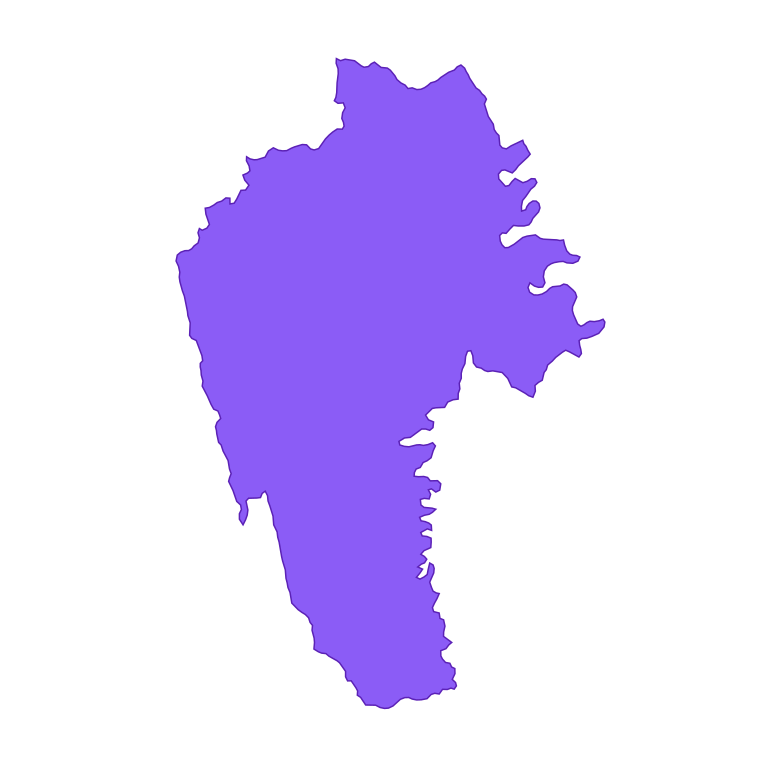 the district of Santana de Pirapama, Minas Gerais, Brazil, rotated 184°
{"feature_id": "56859067B86062210770309", "entity_name": "Santana de Pirapama", "entity_type": "district", "adm_level": 2, "iso_a3": "BRA", "parent_name": "Brazil", "parent_adm1": "Minas Gerais", "projection": "natural_earth1", "projection_center": [-43.935, -18.888], "detail": "fine", "context": "isolated", "style": "filled", "palette": "violet", "viewbox_px": 768, "rotation_deg": 184, "n_neighbors": 0, "source": "geoboundaries", "source_scale": "gbopen_adm2", "svg_char_len": 6140}
<svg xmlns="http://www.w3.org/2000/svg" viewBox="0 0 768 768"><g transform="rotate(184 384 384)"><path d="M536.9,601.1L536.8,597.1L533.8,592.2L532.6,587.3L534.9,584.9L539.3,582.6L537.1,577.6L532.6,572.9L535.6,567.8L540.2,567.2L543.8,558.2L546.1,553.9L550.2,552.9L550.7,558.6L554.7,558.6L558.7,555.1L563.0,553.4L566.3,550.6L570.5,547.9L574.6,546.9L573.5,541.0L569.3,531.0L571.6,527.1L576.1,524.7L579.0,526.2L580.1,521.9L578.3,517.0L579.3,511.7L583.0,508.6L585.2,505.5L588.1,503.5L591.9,503.1L596.0,501.3L599.2,498.2L600.0,492.2L597.2,487.1L595.5,481.3L595.7,476.4L594.7,471.7L591.6,462.9L589.3,457.8L585.1,442.5L584.4,438.5L581.6,431.5L581.3,419.0L578.9,416.1L574.3,414.3L567.6,399.6L566.5,394.5L568.7,391.8L568.5,388.2L567.5,384.7L566.9,380.2L564.8,374.3L565.2,369.2L559.4,359.8L555.1,351.6L552.1,347.0L547.8,345.5L546.0,342.0L544.5,338.2L547.9,334.1L549.1,329.6L547.9,325.9L547.3,322.5L544.9,314.2L542.2,311.8L539.8,305.8L534.2,296.8L532.2,288.4L530.2,283.9L531.5,279.8L532.2,276.0L527.2,267.2L522.7,256.6L518.6,253.3L517.5,248.8L519.2,244.5L518.8,239.0L514.8,233.7L512.6,239.0L511.3,243.7L511.0,248.8L513.5,257.6L511.1,260.6L502.9,261.4L499.3,262.1L497.9,266.4L495.0,268.8L492.4,264.5L491.5,259.2L489.4,254.5L485.5,244.5L484.2,235.8L480.3,229.0L479.3,223.7L477.6,219.0L474.1,204.7L472.8,200.4L469.5,191.8L468.2,183.3L466.7,178.8L465.6,174.3L463.2,169.5L460.7,159.0L453.9,152.9L449.9,150.4L446.4,148.6L442.9,145.5L441.1,141.0L438.5,138.2L438.6,133.3L436.0,125.7L435.3,121.3L435.4,114.7L430.8,112.3L427.5,111.2L423.1,111.0L419.9,108.6L411.6,104.7L408.9,102.8L402.3,94.7L401.9,89.2L399.6,85.3L396.0,85.6L390.8,79.0L388.9,76.0L388.9,71.7L385.5,69.8L379.9,62.5L369.9,63.0L365.3,61.0L360.8,60.4L356.9,61.0L352.5,63.5L345.7,70.6L341.4,72.6L337.4,73.0L334.0,71.7L329.4,71.1L324.8,71.6L319.1,73.1L315.3,77.6L311.8,79.0L307.3,78.6L304.3,83.5L299.5,83.7L296.0,85.3L292.7,84.5L290.7,87.9L291.8,91.2L295.3,94.1L293.0,100.0L293.5,105.1L296.8,106.4L298.8,110.0L303.2,110.5L306.5,113.7L308.3,116.7L308.8,121.9L303.7,124.3L301.2,128.2L298.4,130.9L307.0,136.4L307.2,140.7L306.3,146.7L308.1,152.9L311.8,154.1L313.0,159.4L318.6,160.4L320.1,164.3L318.3,169.0L316.2,173.5L314.3,178.8L317.3,179.2L320.6,180.8L322.4,184.3L324.6,189.5L321.2,199.0L321.1,203.5L322.4,206.9L325.9,208.6L327.0,202.1L327.6,197.0L330.6,194.3L334.5,191.9L338.2,193.4L334.9,198.0L332.6,202.0L337.6,203.8L334.2,206.9L331.1,208.4L329.1,212.2L331.7,214.8L335.4,216.7L332.4,220.6L325.9,224.1L325.9,229.6L326.3,233.5L330.5,234.9L335.3,235.1L337.0,238.4L330.7,242.5L326.3,241.3L327.0,246.6L329.6,248.4L333.4,249.6L337.5,250.1L339.2,253.5L334.5,255.9L329.8,257.2L326.7,259.4L323.6,262.7L327.4,263.5L335.5,263.7L338.7,265.9L339.7,271.4L335.9,272.7L330.9,272.5L329.8,277.3L332.4,281.5L329.4,282.7L324.8,279.8L321.0,282.0L320.4,288.4L323.8,291.3L331.1,290.6L334.0,293.8L337.9,294.5L343.2,293.9L347.5,294.1L347.5,297.8L346.0,301.4L342.0,303.3L339.5,308.4L335.7,310.4L331.9,313.7L330.3,320.8L328.4,325.8L331.4,328.8L336.0,326.6L340.4,325.5L343.9,325.9L347.2,325.5L354.7,323.1L359.4,323.2L364.0,324.3L365.1,327.8L359.8,331.6L354.0,332.6L343.3,341.7L339.3,342.0L335.1,341.0L332.1,343.9L331.9,349.6L337.2,351.4L340.4,355.9L334.1,363.0L330.5,363.9L321.9,364.9L319.2,370.4L314.0,373.1L309.0,374.1L309.3,379.8L308.0,384.4L309.0,390.0L307.3,395.1L307.7,400.0L306.9,404.5L304.7,410.0L304.5,417.2L303.0,422.5L299.7,423.3L297.4,418.4L296.3,411.3L292.9,407.4L288.1,406.6L284.6,404.5L281.3,403.7L276.4,404.7L266.9,403.7L260.9,398.2L256.4,390.0L252.4,389.4L242.3,384.5L238.8,382.4L234.5,381.2L232.5,387.4L233.3,393.1L230.0,396.4L226.4,398.8L225.1,406.7L223.1,409.6L222.1,414.3L217.7,418.6L214.6,422.5L208.2,428.2L205.1,430.4L201.2,429.0L191.4,424.5L189.2,428.1L190.1,432.2L191.5,436.2L192.4,440.8L189.9,443.1L184.8,443.9L179.9,446.0L173.3,449.5L168.5,456.3L168.0,461.2L170.0,463.9L173.6,462.1L178.6,460.9L183.0,461.0L185.9,459.4L188.6,457.0L191.6,455.3L195.0,457.4L199.7,466.3L201.2,470.4L201.3,474.3L197.8,484.3L199.6,488.6L202.0,490.9L208.3,495.7L211.7,496.2L215.1,494.1L222.6,492.8L225.4,490.9L228.3,487.6L232.5,484.8L236.6,483.5L240.7,483.3L245.1,485.7L247.1,490.3L245.5,495.1L240.8,492.2L236.6,491.2L232.5,491.8L230.5,496.2L232.5,502.0L232.0,508.0L229.2,513.0L225.7,515.6L222.6,517.0L217.9,518.2L213.8,518.8L210.0,517.6L204.0,517.6L199.1,520.1L197.4,524.3L200.8,525.6L204.7,525.6L207.7,526.5L211.0,529.6L213.5,535.1L215.0,540.2L218.5,539.4L221.6,539.8L235.0,539.6L238.3,540.2L243.3,543.3L251.6,541.5L255.8,539.8L263.9,532.5L269.5,528.8L273.0,528.4L276.0,531.1L278.0,534.7L279.0,540.2L276.5,543.0L272.7,542.8L269.2,547.4L265.9,551.2L261.3,551.0L255.3,551.4L250.6,552.9L248.5,555.9L247.1,559.6L241.8,566.5L240.7,570.6L242.1,574.9L245.0,577.1L248.3,576.9L251.8,574.2L253.8,571.0L254.8,567.7L258.8,566.1L259.3,570.8L258.6,576.7L255.6,581.0L251.1,588.6L247.7,591.8L245.6,595.7L247.7,599.2L251.4,599.1L255.3,596.2L259.5,594.5L267.5,598.2L270.4,594.9L273.2,590.7L276.7,589.7L283.8,596.6L284.5,601.4L281.6,605.3L278.3,606.0L270.8,603.5L267.6,607.1L265.2,611.0L256.3,620.6L254.2,623.5L256.9,627.3L258.9,631.0L261.3,633.5L262.6,636.8L273.9,630.4L278.3,627.1L282.5,627.8L285.1,630.4L286.7,639.9L289.4,642.3L291.8,645.5L293.1,650.8L298.6,658.1L303.4,670.4L301.7,675.3L303.7,678.2L306.6,680.4L309.2,683.6L312.8,685.7L319.8,694.9L321.6,698.4L323.8,701.4L325.6,704.7L329.5,707.6L333.1,705.5L335.7,702.1L341.2,699.5L348.8,693.7L351.4,691.0L354.1,689.2L358.3,687.7L361.1,684.9L364.1,682.5L367.7,680.6L371.8,680.0L376.5,681.4L380.7,680.4L383.7,683.6L388.1,685.5L392.3,688.6L394.6,692.2L399.6,697.5L402.7,699.4L409.0,699.6L416.0,704.4L419.0,702.6L421.7,699.6L426.0,698.6L428.9,699.8L435.9,704.4L445.4,705.3L449.9,703.5L454.2,705.3L454.1,700.6L451.8,695.3L451.3,690.4L451.8,681.1L451.5,671.3L452.0,666.5L453.3,663.1L449.5,660.8L444.2,661.6L442.0,656.8L444.2,651.8L444.6,645.9L442.7,642.2L441.8,638.4L443.4,635.3L448.5,635.1L452.6,631.9L456.0,628.6L459.5,624.4L465.6,614.3L470.0,612.6L473.7,613.4L477.9,617.2L482.2,617.2L489.8,614.3L493.0,612.7L497.3,610.0L501.3,609.5L505.6,609.8L510.9,611.9L515.5,608.4L518.4,602.0L526.1,599.0L529.2,598.6L533.3,599.2L536.9,601.1Z" fill="#8b5cf6" stroke="#5b21b6" stroke-width="1.5"/></g></svg>